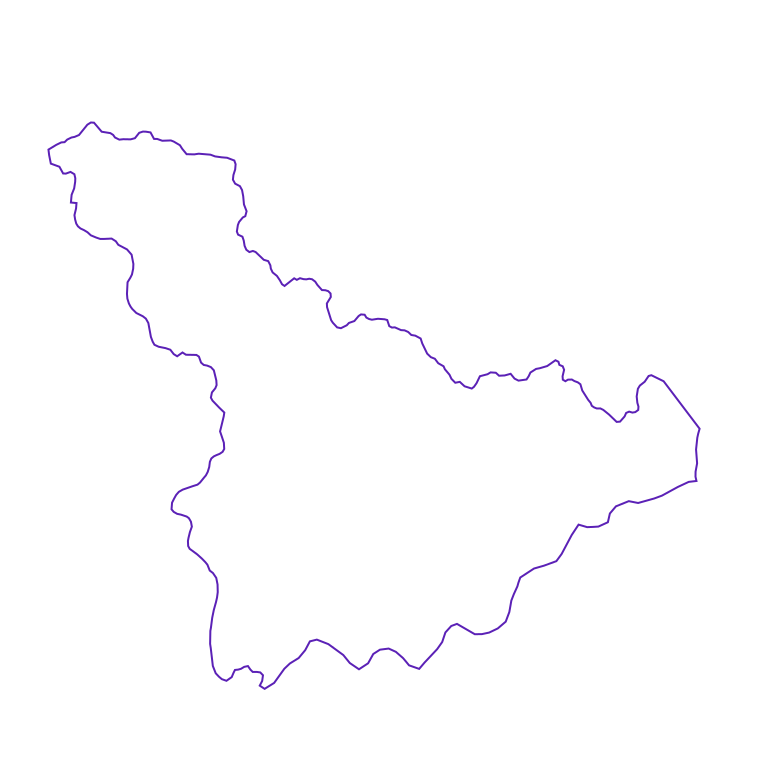 the district of Terra Santa, Pará, Brazil, rotated 354°
{"feature_id": "56859067B55626179561837", "entity_name": "Terra Santa", "entity_type": "district", "adm_level": 2, "iso_a3": "BRA", "parent_name": "Brazil", "parent_adm1": "Pará", "projection": "robinson", "projection_center": [-56.49, -1.905], "detail": "fine", "context": "isolated", "style": "outline", "palette": "violet", "viewbox_px": 768, "rotation_deg": 354, "n_neighbors": 0, "source": "geoboundaries", "source_scale": "gbopen_adm2", "svg_char_len": 4842}
<svg xmlns="http://www.w3.org/2000/svg" viewBox="0 0 768 768"><g transform="rotate(354 384 384)"><path d="M684.6,513.1L684.1,508.8L684.7,503.8L687.1,495.6L687.5,481.8L690.0,470.1L691.3,466.2L693.2,461.5L662.4,410.5L650.8,403.2L648.0,403.7L643.5,409.0L638.3,412.3L636.0,415.3L634.0,422.8L634.0,429.2L634.7,433.1L634.1,436.4L631.0,438.2L628.1,438.4L624.9,437.1L621.8,438.1L619.9,441.4L614.8,446.1L611.4,446.0L604.6,437.9L599.4,432.7L596.6,430.9L593.1,430.6L590.6,429.3L588.4,427.4L587.5,424.3L585.4,421.1L580.5,411.2L579.3,404.8L576.9,402.6L573.7,401.0L571.3,399.2L567.4,398.9L564.7,400.2L562.3,398.4L562.4,395.0L564.6,388.7L563.6,385.1L560.4,383.3L559.8,380.1L557.0,378.3L548.2,383.2L540.6,384.6L536.8,384.9L530.8,387.9L528.7,391.4L526.2,394.4L518.1,394.7L514.4,392.3L511.0,387.1L504.9,388.1L499.3,387.8L496.4,384.5L491.2,383.6L488.0,385.1L480.2,386.3L476.1,392.9L473.2,396.2L470.8,397.7L463.9,394.7L459.6,389.8L455.0,390.2L451.6,385.9L450.1,381.6L446.1,375.7L445.1,372.6L440.1,369.0L437.2,364.2L433.4,362.2L430.1,358.3L426.3,347.7L425.2,342.6L420.2,339.2L416.3,338.1L413.5,334.8L410.1,332.8L406.6,332.2L400.7,328.8L397.8,328.7L395.3,327.0L393.9,320.7L391.3,319.7L384.8,318.5L378.7,318.8L375.9,317.8L373.4,316.1L372.0,313.1L368.4,312.4L365.9,313.7L361.1,318.3L355.5,319.6L353.1,321.7L347.0,324.0L343.3,322.8L339.5,317.7L338.1,315.0L335.4,301.6L335.6,297.9L340.2,291.9L340.3,288.4L338.2,285.8L335.4,284.6L332.1,284.1L328.1,278.5L326.3,275.0L323.4,272.3L320.6,271.5L317.7,271.8L314.9,271.3L311.5,270.0L308.2,271.3L305.7,269.5L295.3,276.1L293.0,274.1L291.3,270.0L288.8,265.3L284.9,261.4L283.5,257.4L283.4,254.1L281.7,249.7L277.4,247.9L270.1,239.3L267.5,238.0L263.9,238.7L261.1,236.1L259.8,232.0L259.5,226.7L258.6,222.7L254.5,220.2L253.6,217.0L255.3,210.6L256.8,207.7L261.0,203.6L263.6,202.6L265.4,197.8L263.5,190.8L263.6,182.5L263.1,176.3L261.4,172.2L256.9,169.2L255.1,165.0L256.1,160.4L258.4,155.1L259.4,149.9L258.5,146.1L251.6,142.6L246.3,141.6L239.8,140.0L235.4,137.8L223.8,135.6L219.3,135.8L211.7,134.8L207.9,129.0L206.0,125.2L200.2,120.9L197.5,119.5L188.9,118.9L184.1,116.6L180.9,116.2L178.1,109.4L173.3,108.1L170.5,107.8L166.8,108.6L162.0,113.5L157.6,114.2L150.3,113.3L146.3,113.3L142.2,110.7L140.7,108.0L138.1,105.9L129.6,103.6L122.9,93.8L119.8,93.3L116.1,95.1L106.7,104.5L102.1,105.9L98.9,106.2L94.5,107.8L91.6,110.1L88.3,110.0L83.1,111.9L74.8,115.8L74.9,121.3L75.7,130.0L83.9,134.0L86.9,141.1L89.6,141.5L94.4,140.3L98.0,143.0L98.5,147.1L98.0,150.6L96.3,157.1L93.1,163.2L91.6,170.8L97.1,171.9L96.1,177.2L93.8,183.7L94.0,188.0L94.7,192.3L96.1,195.2L98.4,197.6L101.7,199.6L105.0,202.1L108.0,205.5L113.1,208.3L117.0,210.1L121.4,210.5L128.3,210.9L132.2,214.0L134.3,217.8L142.5,223.3L146.5,229.0L147.3,238.4L146.6,243.1L144.8,248.7L142.9,251.7L139.6,256.0L137.8,267.5L137.7,272.3L138.7,277.2L140.0,280.5L141.5,283.1L145.1,287.5L151.2,291.4L154.0,294.1L156.0,298.7L157.1,312.8L158.4,317.8L159.8,321.0L163.8,323.4L170.5,325.5L175.1,327.6L178.0,332.3L181.2,334.8L186.9,331.6L190.1,334.2L196.6,335.0L200.5,335.5L202.8,337.4L204.3,343.6L206.7,346.2L210.0,347.2L213.6,349.1L216.2,352.6L217.1,359.2L217.6,363.0L217.4,367.6L215.8,370.6L212.0,374.4L210.4,379.5L211.7,382.6L217.6,390.2L222.2,395.7L221.2,399.5L218.1,408.2L216.0,414.0L217.3,419.7L218.6,425.7L218.3,431.9L216.4,434.6L213.2,436.3L210.0,437.2L207.2,438.2L204.5,440.0L202.7,443.2L201.5,448.3L199.5,453.0L197.3,456.3L195.2,458.3L190.7,462.8L188.0,464.6L182.7,465.7L172.8,468.0L168.7,469.8L165.7,472.6L163.3,476.0L160.8,479.9L159.6,486.4L161.5,489.2L164.7,491.5L168.4,492.7L173.9,495.2L175.9,497.0L177.6,500.8L178.0,505.8L175.5,511.0L173.5,516.6L172.6,519.6L172.3,524.7L173.5,527.6L180.4,533.9L184.8,538.8L187.7,542.5L189.5,545.3L191.2,551.3L194.1,554.1L196.9,559.3L197.5,566.0L196.9,573.6L195.6,579.0L194.1,583.4L191.1,591.0L188.7,598.6L186.4,608.3L185.5,611.4L183.9,624.3L184.1,628.5L184.3,646.5L186.4,654.1L189.3,657.9L191.9,660.6L196.3,662.7L201.9,659.6L204.3,655.3L205.9,652.8L209.1,652.8L212.0,652.3L215.4,650.7L219.2,650.3L221.3,654.1L223.3,656.6L227.6,657.1L230.8,657.9L233.2,661.0L231.8,666.6L228.9,671.0L233.4,674.7L243.5,669.8L255.1,656.8L261.2,652.1L270.5,647.6L277.8,640.5L283.4,632.2L290.5,631.2L301.5,636.9L315.2,649.3L320.8,657.9L329.3,665.1L336.1,661.6L339.0,660.1L345.1,651.4L352.2,647.8L361.0,647.6L367.8,651.6L374.3,658.6L377.2,662.9L379.5,666.4L389.2,671.0L395.3,665.2L409.1,653.3L414.9,646.7L419.1,637.5L425.6,631.7L431.5,630.2L448.1,642.3L455.1,643.0L462.6,642.2L471.6,639.0L476.4,635.7L480.2,633.1L484.8,623.9L486.9,616.6L488.0,612.7L491.2,606.5L495.5,599.2L496.9,595.7L499.3,590.7L513.9,583.2L524.1,581.4L536.9,578.2L542.9,571.6L554.9,553.8L562.8,544.2L571.1,547.6L577.4,548.0L582.3,548.2L592.2,544.9L595.1,536.4L601.9,529.9L615.2,526.1L624.3,528.9L640.8,526.1L648.7,524.1L665.5,517.1L676.8,513.2L684.6,513.1Z" fill="none" stroke="#5b21b6" stroke-width="2"/></g></svg>